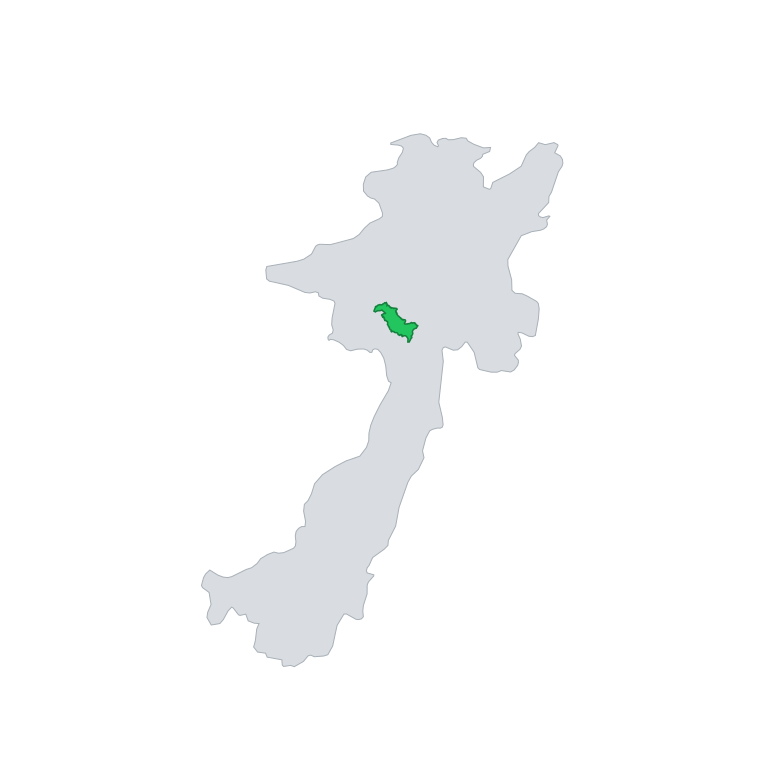 location of Anouvong, Vientiane, Laos, rotated 59°
{"feature_id": "54806243B81229078685154", "entity_name": "Anouvong", "entity_type": "district", "adm_level": 2, "iso_a3": "LAO", "parent_name": "Laos", "parent_adm1": "Vientiane", "projection": "natural_earth1", "projection_center": [103.023, 18.902], "detail": "fine", "context": "in_parent", "style": "filled", "palette": "green", "viewbox_px": 768, "rotation_deg": 59, "n_neighbors": 0, "source": "geoboundaries", "source_scale": "gbopen_adm2", "svg_char_len": 8608}
<svg xmlns="http://www.w3.org/2000/svg" viewBox="0 0 768 768"><g transform="rotate(59 384 384)"><path d="M289.0,119.2L291.9,125.2L305.8,141.6L308.2,146.0L313.3,149.4L317.5,163.9L319.3,164.8L321.6,163.8L323.3,161.8L324.8,156.1L325.7,155.5L327.3,160.2L331.2,161.6L332.9,163.6L333.4,167.1L332.8,170.7L329.5,178.9L327.6,190.0L341.1,213.8L346.8,217.0L360.4,220.9L369.6,226.1L373.8,224.9L377.9,219.0L382.8,215.7L391.9,210.6L394.5,210.3L399.5,212.3L407.8,218.2L420.4,229.3L419.9,232.3L417.7,235.2L411.0,239.6L408.8,242.4L410.2,243.4L415.7,244.1L422.3,246.6L424.3,249.6L425.5,256.1L426.6,257.4L432.7,256.6L434.6,257.6L436.8,259.7L439.0,265.2L438.9,269.3L432.9,276.5L432.2,280.8L429.1,286.0L420.8,294.6L418.5,295.2L403.2,290.4L390.9,291.1L389.9,292.9L392.0,298.1L392.6,303.3L390.7,307.2L383.7,312.4L383.4,314.6L384.9,316.9L395.1,321.5L427.8,346.4L442.7,351.2L449.3,354.3L451.0,356.1L450.9,358.3L449.2,361.1L447.8,365.9L447.7,368.9L449.3,371.7L451.9,375.9L461.1,385.4L467.8,387.7L474.9,398.5L477.0,408.0L480.5,414.1L497.5,434.6L511.8,447.2L520.3,460.8L524.4,463.8L525.7,468.8L526.9,483.1L531.8,490.2L532.9,493.1L535.0,495.3L537.3,495.7L542.3,491.0L543.3,491.7L545.6,499.2L547.7,502.0L555.2,506.6L563.2,515.7L567.5,519.0L572.9,521.6L573.7,524.5L572.7,527.4L571.1,529.3L561.8,534.6L560.6,536.9L566.8,548.6L582.2,563.0L587.1,571.6L586.1,575.8L581.9,584.2L578.7,586.4L577.9,589.1L580.3,595.9L580.1,606.5L577.1,609.0L574.4,615.5L572.6,616.0L567.8,613.6L558.0,624.8L553.7,624.2L548.7,630.4L542.3,631.2L537.9,626.6L528.4,619.2L525.0,614.5L522.1,618.5L517.1,622.4L510.1,621.0L508.2,626.6L506.9,627.6L498.4,628.6L496.8,629.5L498.2,634.5L503.2,643.1L504.8,648.1L501.6,656.2L492.9,656.0L488.9,652.7L483.9,645.8L472.6,641.3L465.1,644.4L462.8,644.3L457.1,638.5L455.0,634.8L453.7,629.2L462.3,624.8L466.7,621.3L469.5,617.6L470.7,613.8L472.0,597.7L473.3,592.1L472.5,585.2L470.2,579.7L470.2,571.5L471.4,564.9L474.7,561.6L476.9,556.8L478.2,546.2L477.2,543.4L474.0,540.8L468.5,538.3L465.1,535.2L463.7,531.4L463.8,528.0L465.5,525.2L461.4,522.0L451.6,518.4L446.1,514.2L444.9,509.3L440.8,502.8L433.7,494.8L430.0,483.3L429.6,468.3L430.4,456.0L433.4,441.9L429.3,431.6L424.7,426.2L418.5,422.3L412.5,416.6L406.8,409.1L399.9,398.2L392.0,383.7L386.6,377.2L383.9,378.7L378.2,377.4L369.4,373.2L361.8,370.9L355.3,370.6L351.1,371.5L349.1,373.7L348.9,375.9L350.6,378.1L349.7,379.8L346.3,381.0L343.5,383.4L340.5,388.7L338.3,395.6L335.1,398.3L330.1,398.9L325.2,400.9L320.3,404.3L318.1,406.9L318.3,408.6L317.3,409.0L314.9,408.0L313.8,405.7L313.9,402.1L311.5,399.7L306.4,398.4L300.7,394.5L289.7,384.5L287.2,384.1L283.6,386.7L278.9,392.3L275.0,394.5L272.0,393.3L269.6,395.3L267.9,400.5L264.9,404.5L250.1,415.3L236.8,429.3L233.5,430.5L225.4,426.6L222.9,423.9L234.0,395.3L235.7,388.4L235.3,379.2L230.7,371.6L230.5,369.4L231.2,367.0L236.9,358.2L243.5,335.4L243.1,328.3L240.3,320.5L238.8,313.1L240.0,303.0L239.6,299.1L236.5,297.2L226.4,295.2L220.6,296.8L217.8,299.5L214.4,301.3L208.1,302.2L202.1,298.8L197.1,293.0L195.9,285.9L202.3,270.7L203.8,264.8L203.6,262.0L202.6,259.1L201.1,258.7L197.9,255.1L194.8,248.8L191.8,245.9L189.0,246.5L186.5,248.8L182.2,254.8L180.9,254.1L184.7,233.0L188.2,224.0L192.4,219.9L196.7,218.1L201.3,218.8L205.2,218.0L208.3,215.8L208.0,214.6L204.3,214.2L202.9,211.8L203.7,207.4L205.3,204.4L207.8,203.1L210.3,198.6L212.7,190.9L215.6,187.0L218.9,186.9L224.7,183.6L232.9,177.1L236.1,170.8L239.1,173.7L238.0,181.0L239.6,182.5L240.3,185.1L239.9,189.2L240.6,192.7L241.8,194.3L243.6,195.2L252.3,192.2L257.6,192.0L266.2,197.3L271.4,193.4L271.5,191.9L267.2,186.9L268.6,168.4L268.0,154.3L260.9,144.0L259.5,139.8L258.8,133.0L256.8,127.2L261.9,122.5L264.7,113.9L268.3,111.8L269.4,112.1L273.7,118.6L279.3,115.4L283.5,115.4L287.1,117.1L289.0,119.2Z" fill="#d9dde1" stroke="#a8b0b8" stroke-width="1"/><path d="M315.4,340.0L315.4,340.4L315.5,340.5L315.7,340.8L315.3,340.8L315.1,341.0L314.8,341.2L314.8,341.3L314.8,341.5L314.7,341.8L314.9,342.3L315.0,342.5L315.0,343.1L314.8,343.6L314.8,343.8L315.1,344.4L315.1,344.6L314.6,346.0L313.8,346.5L313.8,346.9L313.7,347.2L313.7,347.6L313.6,347.8L313.4,348.0L313.3,348.7L313.4,349.1L313.4,349.4L313.4,349.6L313.5,349.9L313.7,350.1L313.7,350.4L313.3,351.0L313.4,351.5L313.5,351.5L313.9,351.4L314.0,351.5L314.1,352.2L315.9,354.6L316.4,355.1L316.8,354.8L317.8,354.3L317.7,353.5L317.7,353.3L317.9,352.8L317.9,351.5L318.8,350.4L319.0,349.6L319.4,349.0L319.4,348.2L319.5,347.8L319.6,347.6L319.8,347.6L320.6,347.4L324.1,346.3L324.2,346.5L323.7,347.6L323.5,348.2L323.6,349.3L323.5,349.8L323.5,350.1L323.5,350.3L323.6,350.5L323.8,350.6L324.0,350.4L324.5,350.5L324.6,350.4L324.8,350.6L325.0,350.6L325.3,350.5L325.5,350.7L325.8,350.6L326.1,350.7L326.2,350.4L326.1,350.2L326.5,350.3L326.6,350.0L326.7,349.7L327.1,349.7L327.4,349.8L327.8,350.2L328.1,350.2L328.4,350.1L328.5,350.3L328.8,350.2L328.9,350.3L329.1,350.3L329.4,350.4L329.6,350.5L329.6,350.3L329.7,350.2L330.0,350.2L330.5,350.0L330.6,349.9L330.8,349.8L330.8,349.6L331.0,349.5L331.3,349.5L331.6,349.4L331.9,349.0L332.2,348.9L332.4,349.1L332.7,349.2L332.9,349.2L333.0,349.1L333.4,349.2L334.3,350.0L334.7,350.4L334.9,350.4L335.5,350.2L335.9,350.4L336.7,350.4L337.4,350.6L337.6,350.5L337.8,350.2L338.0,350.1L338.4,350.4L338.8,350.5L339.3,350.7L340.2,350.7L340.5,350.7L340.9,350.6L341.1,350.4L341.4,350.1L341.8,350.0L342.0,350.2L342.3,350.6L342.4,350.8L342.6,350.8L342.9,350.8L343.3,350.6L343.3,349.4L344.4,348.5L345.1,348.5L346.2,347.4L346.3,347.0L346.5,346.7L347.3,346.2L347.8,346.2L348.3,346.4L348.7,346.4L348.8,346.3L349.1,346.4L349.3,346.3L349.4,346.0L349.6,346.0L349.9,345.6L350.1,345.5L350.3,345.5L350.3,345.3L350.2,345.3L350.2,345.2L350.3,345.2L350.4,344.9L350.3,344.5L350.3,344.4L350.5,344.5L350.6,344.2L350.7,344.3L351.0,344.1L351.0,343.8L351.3,343.9L351.4,343.7L351.5,343.4L351.7,343.2L351.8,343.2L352.1,343.4L352.2,343.6L352.3,343.5L352.3,343.4L352.6,343.5L352.8,343.8L352.9,343.7L352.9,343.3L352.9,343.1L352.7,343.0L352.7,342.6L352.9,342.2L353.4,341.1L353.6,340.8L354.0,340.6L354.9,340.2L357.2,340.1L357.8,340.2L358.0,340.3L358.9,341.1L360.3,341.9L360.4,341.6L360.4,341.4L360.7,341.3L360.8,341.1L361.0,340.8L361.0,340.7L360.9,340.4L360.5,340.0L360.2,339.6L360.0,339.2L359.9,338.8L359.7,338.6L359.2,337.9L358.9,337.6L358.8,337.3L358.9,337.2L358.8,336.8L358.8,336.7L358.7,336.5L358.6,336.3L358.2,336.0L357.9,336.2L357.8,336.3L357.4,336.2L357.1,336.1L357.0,335.9L356.8,335.8L356.7,335.7L356.8,335.5L356.8,335.2L356.4,334.4L356.0,333.9L355.9,333.7L355.7,333.4L355.2,333.1L354.6,333.0L354.1,333.0L354.0,332.9L353.1,332.0L353.0,331.8L352.8,331.3L352.6,330.9L352.6,330.6L352.4,330.3L352.4,329.5L352.5,328.6L352.6,327.9L352.8,327.5L352.6,327.3L352.4,326.9L352.0,326.1L351.5,325.5L351.5,325.2L351.3,325.3L351.0,325.2L350.8,325.3L350.5,325.8L350.2,325.9L349.7,325.8L349.1,325.9L348.7,326.0L348.5,325.9L348.2,326.1L347.8,326.0L347.7,326.1L347.4,326.2L347.3,326.3L347.4,326.5L347.1,326.5L347.0,326.8L346.8,327.0L346.7,327.3L346.6,327.7L346.5,327.8L346.6,328.1L346.5,328.3L346.4,328.4L346.0,328.4L345.9,328.5L345.8,328.8L345.7,328.8L345.4,328.9L345.4,329.2L345.4,329.4L345.4,329.7L345.4,329.9L345.5,330.0L345.4,330.5L345.3,331.1L345.1,331.4L345.2,331.6L345.1,331.8L344.9,332.0L344.7,332.3L344.5,332.6L344.5,332.8L344.6,333.3L344.4,333.7L344.3,333.8L344.0,333.9L343.9,334.1L343.7,334.7L343.6,334.9L343.2,335.3L342.9,335.4L342.6,335.3L342.2,334.9L341.8,333.9L341.7,333.7L341.3,333.5L341.1,333.3L341.1,333.1L340.6,332.8L340.2,332.8L339.8,332.9L339.6,333.1L339.4,333.3L339.2,333.8L339.2,334.3L339.1,334.6L338.6,334.9L338.5,335.0L338.3,334.8L338.2,335.0L337.8,335.1L337.7,335.4L337.2,335.4L337.1,335.5L336.9,335.6L336.6,335.7L336.4,335.9L336.1,335.7L335.9,335.8L335.8,335.7L335.7,335.8L334.6,336.2L334.1,336.3L333.6,336.4L333.2,336.7L333.0,336.8L331.8,336.9L330.9,336.9L330.8,337.1L330.6,337.1L330.4,337.0L330.4,336.8L330.2,336.9L329.9,336.9L329.8,336.7L329.7,336.6L329.6,336.8L329.3,337.2L329.4,337.4L328.6,336.4L328.3,336.3L328.0,336.3L327.9,336.4L327.8,336.5L327.3,336.3L327.1,335.9L326.9,334.7L326.8,334.4L326.6,334.4L326.4,334.2L326.1,334.2L325.8,334.2L325.7,334.3L325.5,334.5L325.2,335.0L324.8,335.4L324.6,335.6L324.5,335.8L324.6,336.1L324.5,336.3L324.2,336.4L324.3,336.7L324.2,336.8L324.0,337.0L323.6,337.1L322.9,337.8L322.7,338.0L322.8,338.5L322.6,338.7L322.4,338.7L322.3,338.8L322.1,338.7L322.0,338.8L322.0,338.7L321.9,338.7L321.7,338.7L321.4,339.0L319.9,339.4L319.7,339.4L319.7,339.5L319.4,339.4L319.2,339.5L318.9,339.6L318.7,339.9L318.5,340.1L318.5,340.3L318.4,340.4L318.4,340.6L318.3,341.1L318.2,341.0L318.2,340.8L318.1,340.7L317.6,340.4L317.1,340.2L316.8,340.1L316.4,340.2L316.1,340.1L315.4,340.0Z" fill="#22c55e" stroke="#15803d" stroke-width="1.5"/></g></svg>